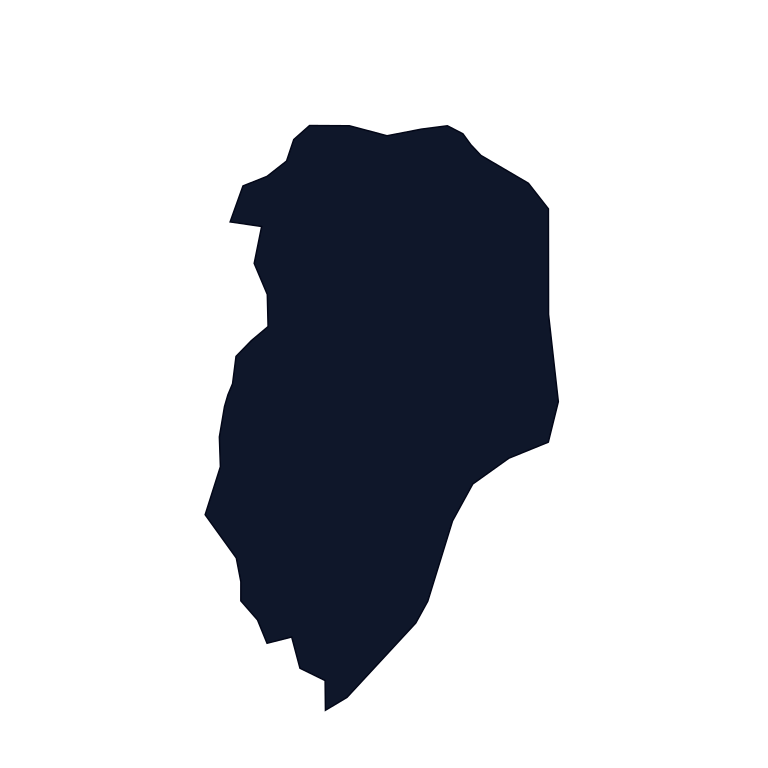 outline of Jinja, rotated 243°
{"feature_id": "UGA-3064", "entity_name": "Jinja", "entity_type": "District", "adm_level": 1, "iso_a3": "UGA", "parent_name": "Uganda", "parent_adm1": "", "projection": "natural_earth1", "projection_center": [33.327, 0.494], "detail": "fine", "context": "isolated", "style": "filled", "palette": "ink", "viewbox_px": 768, "rotation_deg": 243, "n_neighbors": 0, "source": "natural_earth", "source_scale": "10m", "svg_char_len": 735}
<svg xmlns="http://www.w3.org/2000/svg" viewBox="0 0 768 768"><g transform="rotate(243 384 384)"><path d="M255.8,158.0L272.8,166.7L296.0,173.4L348.7,165.3L384.6,200.7L411.6,213.3L436.4,231.7L445.2,240.0L453.0,249.2L475.8,264.7L482.9,285.6L487.8,306.8L516.8,320.7L550.4,323.1L579.9,346.5L598.3,320.5L624.5,348.3L622.1,374.0L626.9,398.4L642.8,414.6L648.1,435.0L629.8,470.4L603.8,499.4L594.1,533.1L585.3,557.7L571.1,567.9L557.8,570.0L543.7,574.1L497.3,603.8L465.4,610.0L371.3,562.2L348.7,553.7L289.1,531.3L257.6,504.0L261.2,461.6L254.6,417.7L230.9,382.9L170.6,324.4L156.6,303.8L121.6,208.8L119.9,183.7L146.5,196.9L168.9,180.1L200.5,186.9L206.1,162.1L231.2,164.2L255.8,158.0Z" fill="#0f172a" stroke="#020617" stroke-width="1.5"/></g></svg>